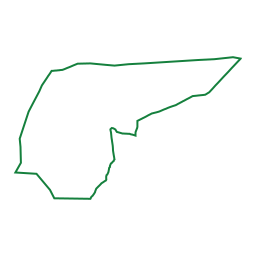 the district of Altai, Govi-Altay, Mongolia, rotated 270°
{"feature_id": "93677404B43539602383293", "entity_name": "Altai", "entity_type": "district", "adm_level": 2, "iso_a3": "MNG", "parent_name": "Mongolia", "parent_adm1": "Govi-Altay", "projection": "natural_earth1", "projection_center": [95.421, 44.108], "detail": "fine", "context": "isolated", "style": "outline", "palette": "green", "viewbox_px": 256, "rotation_deg": 270, "n_neighbors": 0, "source": "geoboundaries", "source_scale": "gbopen_adm2", "svg_char_len": 2838}
<svg xmlns="http://www.w3.org/2000/svg" viewBox="0 0 256 256"><g transform="rotate(270 128 128)"><path d="M93.2,20.9L83.5,15.4L82.2,36.5L66.1,50.0L57.7,54.3L57.2,90.4L58.4,91.0L59.2,91.4L59.7,92.0L59.9,92.2L60.2,92.6L61.2,93.3L62.2,94.0L62.3,94.1L64.0,95.1L64.3,95.1L65.2,95.4L65.4,95.5L67.0,96.1L67.4,96.3L69.1,98.0L69.3,98.1L69.7,98.6L71.2,100.1L71.6,100.5L71.9,100.8L72.5,101.2L73.2,102.2L73.6,102.9L73.8,103.2L73.9,103.3L75.5,105.7L75.5,105.8L76.3,106.3L77.7,106.2L78.9,106.2L79.4,106.2L80.7,106.5L80.8,106.5L81.2,107.0L81.5,107.3L82.4,107.7L82.6,107.8L83.6,108.3L84.5,108.5L84.9,108.6L86.9,109.0L88.0,109.1L88.5,109.5L89.1,110.0L89.5,109.9L90.0,109.9L91.8,110.6L92.0,110.7L92.5,110.9L92.9,111.6L93.7,112.3L94.4,112.9L94.6,113.2L94.8,113.5L95.0,113.7L95.3,113.7L95.6,113.8L95.9,114.0L96.5,114.5L98.0,114.2L98.4,114.2L100.5,113.8L103.0,113.4L104.9,113.1L105.7,113.0L108.1,112.9L110.5,112.7L115.1,112.0L116.8,111.8L116.9,111.7L117.7,111.6L119.4,111.4L119.6,111.4L123.6,111.0L126.3,110.4L126.8,110.5L128.0,111.8L127.9,112.2L127.8,112.9L127.7,113.2L127.6,113.5L126.6,115.2L126.5,115.4L125.2,116.1L124.8,116.4L124.1,116.8L124.0,117.2L123.6,118.7L123.4,119.3L123.1,120.4L122.6,122.1L122.5,122.4L122.5,123.1L122.4,124.5L122.3,126.8L122.2,128.2L122.2,128.6L122.2,129.6L121.9,130.2L121.8,130.7L121.7,130.8L121.6,131.2L121.5,131.7L121.5,132.2L121.3,132.6L121.0,133.7L120.4,135.5L122.8,135.5L124.0,135.6L127.4,136.9L127.7,137.1L128.5,137.2L129.0,137.4L129.4,137.4L130.0,137.4L130.9,137.4L135.1,137.4L137.0,141.2L137.7,142.6L137.8,142.7L138.0,143.2L138.8,144.8L139.7,146.5L140.9,148.6L141.4,149.7L141.5,149.8L141.7,150.3L142.0,150.8L142.1,151.0L142.5,151.7L142.6,152.2L143.2,154.5L143.6,156.2L144.3,158.7L144.7,159.8L145.7,162.1L145.8,162.3L146.1,163.0L146.7,164.4L147.3,166.1L148.0,167.6L149.0,170.2L150.1,173.4L150.1,173.5L150.2,173.8L150.5,174.6L150.8,175.7L150.9,175.8L151.3,176.6L152.4,178.5L152.6,179.0L152.8,179.4L153.3,180.2L153.5,180.7L153.6,180.8L153.9,181.4L154.1,181.8L154.8,183.0L155.3,184.1L156.7,186.6L156.9,187.0L157.5,188.2L158.5,190.1L159.9,192.6L160.3,196.5L160.5,198.1L160.9,202.0L161.0,203.1L161.3,205.3L163.1,208.2L163.7,209.2L166.8,212.1L169.7,214.7L170.5,215.4L173.3,218.1L175.9,220.5L178.4,222.8L179.9,224.2L182.5,226.7L184.4,228.5L187.6,231.4L189.8,233.5L191.4,235.0L193.0,236.5L194.6,238.0L197.2,240.5L197.4,240.6L198.8,233.0L196.8,214.3L196.0,198.2L192.6,144.1L191.8,128.6L190.4,114.5L191.1,106.3L192.6,90.3L192.3,77.6L190.6,73.4L189.9,71.8L189.2,70.2L188.6,68.7L188.0,67.1L187.4,65.7L186.8,64.3L186.4,63.1L186.1,62.6L186.1,62.0L186.0,61.1L185.9,59.9L185.8,59.7L185.6,57.4L185.5,56.7L185.4,54.9L185.3,54.1L185.1,52.4L185.1,51.6L184.5,51.2L182.9,50.2L181.3,49.1L179.8,48.0L178.8,47.4L170.6,41.9L164.7,39.3L152.0,32.6L144.3,28.6L117.3,19.7L109.1,20.5L93.2,20.9Z" fill="none" stroke="#15803d" stroke-width="2"/></g></svg>